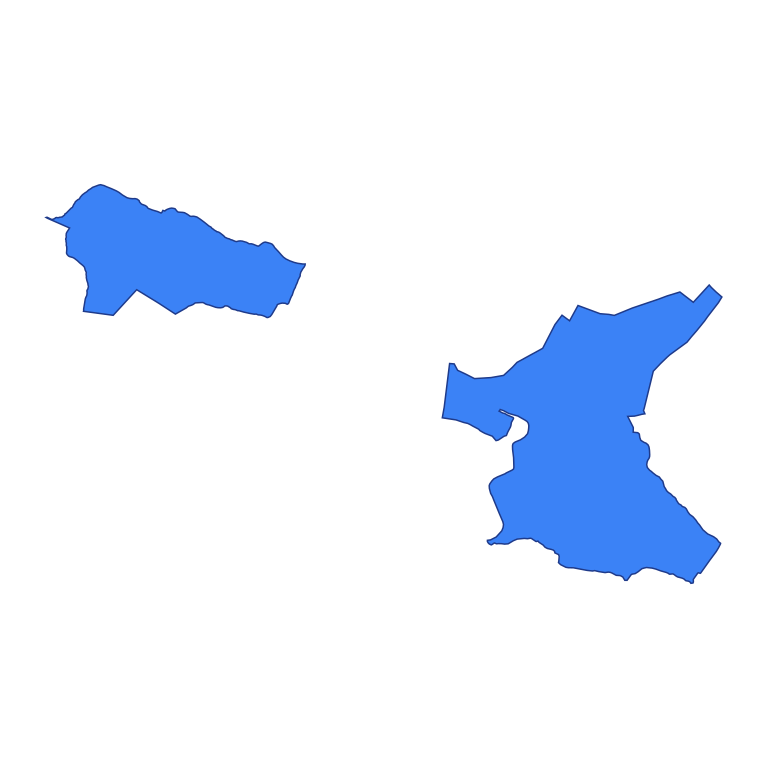 the district of Amaxac de Guerrero, Tlaxcala, Mexico
{"feature_id": "50627088B74486769027382", "entity_name": "Amaxac de Guerrero", "entity_type": "district", "adm_level": 2, "iso_a3": "MEX", "parent_name": "Mexico", "parent_adm1": "Tlaxcala", "projection": "albers", "projection_center": [-98.192, 19.362], "detail": "fine", "context": "isolated", "style": "filled", "palette": "blue", "viewbox_px": 768, "rotation_deg": 0, "n_neighbors": 0, "source": "geoboundaries", "source_scale": "gbopen_adm2", "svg_char_len": 6053}
<svg xmlns="http://www.w3.org/2000/svg" viewBox="0 0 768 768"><path d="M494.5,543.0L496.5,543.8L498.7,543.6L501.7,543.7L504.6,544.1L508.2,543.8L513.4,540.7L517.2,539.1L524.3,538.4L527.6,538.7L530.3,538.2L531.5,538.5L535.8,541.4L536.4,541.5L538.0,541.1L539.1,542.4L543.1,545.0L545.0,547.2L547.4,548.5L551.3,549.4L553.3,550.1L554.6,551.3L554.9,552.9L558.6,554.6L559.2,556.5L558.8,561.0L558.5,562.6L560.1,564.2L560.7,564.7L565.9,567.3L568.3,567.7L573.4,567.8L587.1,570.4L592.6,571.0L594.6,570.6L598.8,571.6L605.1,572.6L608.2,572.1L610.1,572.3L611.9,573.0L616.2,575.3L620.3,575.6L622.8,577.0L624.8,580.3L627.1,580.3L630.9,575.0L631.9,574.2L635.2,573.6L638.2,571.7L641.9,568.7L644.3,568.0L646.5,567.5L652.1,568.1L655.9,569.1L660.8,570.9L666.1,572.4L667.9,573.1L668.8,573.8L669.6,574.2L672.9,573.9L674.2,574.6L675.7,575.8L677.5,576.9L681.7,578.0L683.7,578.8L685.8,580.7L688.5,581.2L689.4,581.6L690.2,582.2L690.9,583.3L693.0,583.0L693.4,581.9L693.3,579.5L693.5,579.1L697.7,573.2L698.3,572.8L700.3,573.3L700.7,573.0L709.8,560.2L716.2,551.6L718.4,548.0L720.4,544.1L720.6,543.3L718.8,541.9L716.7,539.0L713.7,536.8L707.6,533.9L702.8,529.7L699.5,524.9L697.8,523.0L695.8,520.0L693.0,516.8L689.7,514.4L687.8,511.8L686.3,508.9L684.8,507.4L682.3,506.5L681.0,505.0L679.1,504.0L678.4,503.3L676.4,500.2L675.9,498.7L674.6,497.2L673.3,496.6L670.6,493.9L668.4,492.5L666.6,490.7L665.6,488.8L664.2,486.6L662.8,481.2L660.9,479.2L659.3,477.0L656.1,475.4L652.7,472.7L651.3,471.4L649.7,470.3L648.2,468.6L647.3,467.4L646.7,464.7L647.1,462.1L647.7,460.4L649.1,458.2L649.6,456.6L649.7,454.8L649.5,450.5L649.2,448.2L648.9,446.7L648.0,444.8L646.1,443.2L643.9,442.3L640.8,440.3L639.8,437.5L639.3,434.0L637.8,432.7L633.2,432.2L633.3,428.0L633.2,427.3L627.7,416.4L634.5,416.1L637.6,415.4L641.8,414.3L644.9,413.8L643.5,410.5L644.2,408.4L653.3,371.2L660.3,363.8L667.0,357.3L669.8,354.8L687.0,342.2L691.3,336.9L696.7,330.7L704.5,321.1L707.6,316.7L718.4,302.7L721.9,297.0L716.1,292.0L711.4,287.5L709.2,285.0L693.3,302.3L679.9,292.0L667.2,295.9L658.4,299.2L632.4,308.0L614.3,315.4L608.8,314.4L600.1,313.7L578.0,305.5L569.6,320.8L562.0,315.2L555.0,324.5L542.7,348.3L517.0,362.4L512.4,367.3L503.6,375.4L490.8,377.6L474.5,378.6L466.1,374.3L457.6,370.3L454.2,363.9L449.6,363.5L444.2,407.2L442.3,417.8L456.0,419.9L463.8,422.5L467.7,423.4L470.4,424.7L472.6,426.0L478.3,429.0L478.8,429.3L479.7,430.4L481.1,431.3L483.4,432.6L485.2,433.5L492.3,436.2L496.0,440.6L497.9,440.2L499.0,439.6L503.5,436.6L504.4,436.1L506.4,435.5L507.8,432.0L510.4,427.1L510.9,425.6L511.4,422.4L513.4,418.8L513.5,418.3L513.4,417.9L513.2,417.6L512.2,417.1L507.4,415.1L504.9,413.6L504.0,413.3L502.8,413.1L499.1,411.1L499.9,410.3L500.2,409.5L503.6,410.7L508.6,413.4L517.8,416.0L525.0,420.1L527.1,421.5L528.3,423.3L528.8,425.5L528.7,427.8L528.4,430.5L527.6,433.7L524.6,437.1L520.5,439.8L515.2,442.0L513.4,443.3L512.8,444.2L512.5,445.8L512.6,449.5L513.6,457.7L513.9,467.3L513.5,469.1L511.9,470.2L506.1,473.0L505.2,473.7L497.5,476.9L493.8,478.9L492.0,480.8L490.7,482.6L489.7,484.1L489.2,485.7L489.4,488.6L490.7,493.5L492.4,496.5L493.8,500.1L499.4,513.7L502.8,521.6L503.5,524.4L503.1,527.5L501.8,530.8L496.2,537.0L490.5,539.9L487.4,540.3L487.4,541.5L488.2,542.9L489.3,544.0L490.6,544.6L491.2,544.9L492.3,544.4L493.8,543.3L494.5,543.0ZM305.2,264.0L302.8,264.0L297.7,263.3L294.1,262.4L292.2,261.7L289.7,260.8L286.0,259.0L283.5,257.2L281.4,255.0L278.6,251.8L274.5,247.4L273.8,246.1L272.3,244.3L270.7,243.5L267.5,242.6L265.4,242.1L264.1,242.3L262.9,242.9L261.3,244.0L258.6,246.1L257.5,246.0L253.0,244.2L251.5,243.8L249.2,243.8L246.7,242.4L242.3,241.1L240.2,240.9L238.3,241.1L236.6,241.6L235.1,241.3L231.9,239.9L230.8,239.7L229.4,238.9L227.4,238.4L224.9,237.2L223.8,235.9L220.4,233.2L219.2,232.4L217.7,231.8L216.7,231.7L216.0,231.0L214.4,230.2L213.5,229.3L212.1,228.5L211.1,227.2L208.8,225.9L204.4,222.3L200.1,219.1L196.9,217.0L194.6,216.4L193.0,216.2L191.7,216.4L190.1,216.2L187.4,214.3L184.5,212.7L182.8,212.4L178.4,212.1L177.4,211.6L175.0,208.7L173.2,208.3L171.5,208.1L169.8,208.4L167.3,209.3L166.1,209.9L164.8,211.0L162.9,210.4L161.8,212.5L161.0,213.0L157.5,211.5L152.7,210.1L148.5,208.5L147.5,207.7L146.9,206.6L145.2,205.5L141.5,204.1L140.8,203.4L139.5,201.9L139.1,200.6L137.1,199.1L135.1,198.6L132.7,198.7L129.6,198.4L127.0,197.7L122.6,195.1L119.0,192.4L116.2,190.8L111.5,188.7L106.5,186.7L104.1,185.6L100.6,184.7L98.6,185.1L92.5,187.4L91.1,188.5L88.5,190.1L86.6,191.9L85.2,192.7L82.4,194.8L80.3,197.2L79.4,198.9L77.8,199.7L75.4,201.7L74.7,203.2L73.8,204.4L72.4,207.4L71.2,208.1L65.9,213.5L65.3,213.6L64.9,214.0L64.5,215.2L63.2,216.0L62.5,216.8L60.6,217.2L59.9,217.2L58.7,217.6L57.6,217.7L56.4,217.5L55.7,217.7L54.4,218.7L52.6,219.4L51.3,219.3L47.2,217.3L46.7,217.3L46.1,217.5L47.5,218.3L69.6,228.0L67.0,232.0L66.3,233.4L66.1,235.7L66.3,237.1L65.7,238.8L65.7,239.6L66.0,240.1L66.0,241.7L66.4,243.1L66.3,243.9L66.3,245.6L66.7,246.6L66.8,249.1L66.5,253.1L67.1,254.5L68.5,256.0L69.6,256.6L72.8,257.5L74.3,258.3L77.4,260.7L79.7,262.9L82.9,265.5L84.3,267.0L84.9,268.6L85.1,269.8L86.3,272.4L86.1,274.4L86.4,276.3L86.3,277.6L86.9,280.5L87.9,283.5L88.0,284.9L88.4,286.2L88.4,286.9L87.7,289.4L87.2,289.9L86.9,290.9L87.1,292.2L87.0,294.2L86.6,295.9L85.9,297.2L85.3,298.9L83.6,309.2L83.7,310.4L83.5,311.3L113.2,315.3L136.7,289.7L158.7,303.2L175.4,314.1L186.3,307.9L188.4,306.2L190.7,305.5L192.0,305.0L193.2,304.4L195.3,302.9L202.3,302.5L203.4,302.7L206.0,304.2L207.3,304.6L209.2,305.0L215.7,307.3L218.0,307.7L220.6,307.8L222.8,307.4L225.0,305.9L226.4,305.9L227.7,306.1L230.5,307.8L231.2,308.7L233.3,309.4L235.3,309.7L237.8,310.7L238.9,310.7L243.8,312.1L250.2,313.5L254.2,314.2L256.3,314.1L258.2,314.9L260.2,315.0L262.2,315.4L264.9,316.4L266.9,317.5L267.9,317.5L270.2,316.5L271.8,314.5L276.7,306.2L277.3,304.7L278.1,304.2L280.2,303.5L282.2,303.1L285.3,303.3L286.9,304.1L287.7,304.1L288.7,303.1L290.6,298.2L291.7,295.9L292.2,295.2L293.5,291.1L294.2,289.4L295.3,287.5L295.8,285.8L297.2,282.8L298.1,280.1L300.2,275.9L300.1,274.8L300.8,272.2L302.9,268.6L304.1,267.1L305.0,265.4L305.2,264.0Z" fill="#3b82f6" stroke="#1e3a8a" stroke-width="1.5"/></svg>